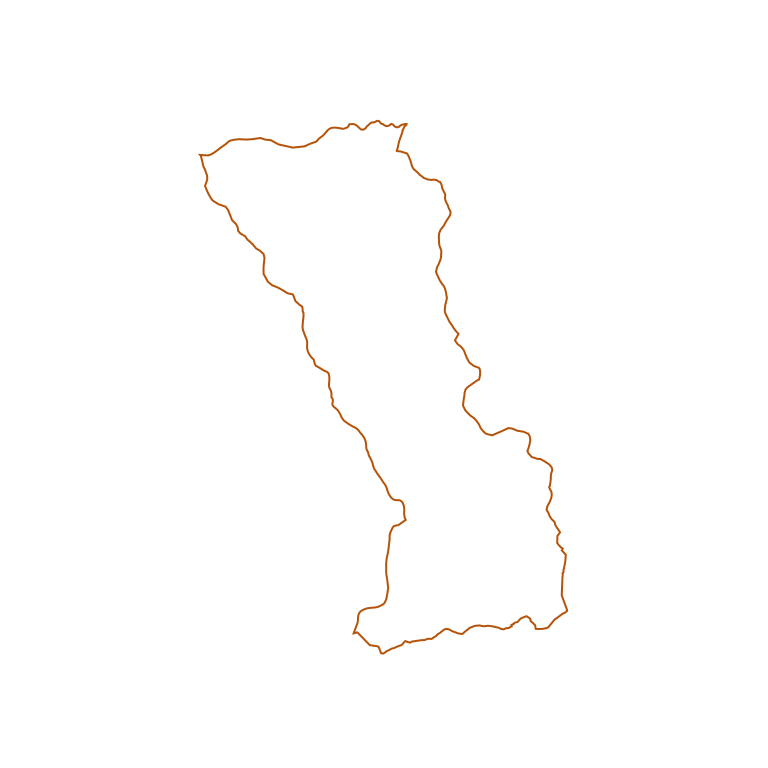 Khoma, Lhuntshi, Bhutan, rotated 144°
{"feature_id": "84629894B14168855768935", "entity_name": "Khoma", "entity_type": "district", "adm_level": 2, "iso_a3": "BTN", "parent_name": "Bhutan", "parent_adm1": "Lhuntshi", "projection": "mercator", "projection_center": [91.309, 27.836], "detail": "fine", "context": "isolated", "style": "outline", "palette": "amber", "viewbox_px": 768, "rotation_deg": 144, "n_neighbors": 0, "source": "geoboundaries", "source_scale": "gbopen_adm2", "svg_char_len": 6155}
<svg xmlns="http://www.w3.org/2000/svg" viewBox="0 0 768 768"><g transform="rotate(144 384 384)"><path d="M555.1,200.1L551.5,198.7L549.0,181.1L543.2,175.4L543.0,173.9L543.1,173.4L543.6,171.8L543.7,171.1L544.6,168.0L543.0,166.3L538.5,166.2L536.0,165.7L533.6,165.5L530.9,164.4L526.3,163.5L524.5,162.8L523.2,162.6L522.1,162.6L520.2,163.1L517.8,163.5L516.6,161.4L514.7,159.3L513.0,159.3L504.4,154.8L501.7,153.0L498.3,152.1L495.3,149.8L492.8,149.8L489.9,149.5L487.7,150.0L485.2,149.7L480.2,150.0L478.2,149.6L476.2,148.1L475.2,146.4L474.3,144.3L472.6,141.7L470.4,138.4L468.4,136.4L466.8,135.6L464.4,136.1L460.9,136.1L458.5,136.4L456.5,136.0L454.7,135.4L453.4,135.2L451.4,134.2L448.6,132.5L446.6,130.2L444.8,128.8L442.3,127.5L440.5,126.0L438.1,123.6L436.2,121.3L434.5,119.5L433.4,117.2L431.3,115.1L429.6,114.9L428.0,114.3L426.8,113.3L425.0,113.1L424.4,113.4L423.2,112.8L422.4,114.2L420.4,113.6L420.2,114.0L418.6,114.0L415.6,113.0L411.6,113.9L409.2,113.5L405.2,112.4L403.6,108.0L404.7,106.1L403.5,100.1L405.2,96.8L403.2,95.1L399.3,92.5L395.5,90.8L394.1,90.6L384.3,93.2L381.1,93.0L374.6,93.2L372.6,92.7L369.7,92.7L368.8,93.3L364.4,108.6L353.4,122.5L351.6,124.4L350.7,126.0L349.5,126.2L348.4,127.8L346.7,129.1L341.6,133.9L337.3,139.0L337.9,144.9L336.1,145.8L336.9,147.9L337.3,151.1L337.3,153.7L335.6,155.7L333.1,159.1L328.8,160.5L328.6,162.3L328.6,165.4L328.3,169.1L327.1,172.2L327.8,176.1L327.7,179.2L326.8,183.0L326.4,186.7L323.5,189.2L319.7,191.0L316.0,193.2L313.3,195.9L311.8,198.7L311.6,201.5L310.9,203.7L309.5,204.2L305.4,208.5L302.0,212.8L298.4,215.5L297.3,218.2L297.7,222.2L300.2,228.6L301.7,231.5L303.6,232.9L307.4,238.1L307.9,243.3L307.2,245.7L305.3,246.8L302.3,249.1L298.6,252.6L296.8,256.1L296.5,258.8L299.1,263.3L303.5,267.7L306.7,272.9L309.5,275.3L316.4,276.6L321.6,277.8L326.4,278.8L329.5,282.2L331.0,284.5L331.6,288.2L331.7,291.6L330.9,295.4L330.8,299.4L331.2,303.5L332.8,308.0L333.7,314.7L332.8,320.1L328.3,325.0L325.5,327.6L324.4,329.1L321.3,331.6L318.3,332.3L306.5,332.2L304.5,331.7L301.2,334.6L299.0,337.4L297.8,339.7L297.8,341.5L300.6,345.6L302.3,351.1L302.1,353.3L301.6,356.8L299.6,364.3L299.6,368.2L301.0,373.0L301.0,377.5L294.2,380.8L294.7,384.0L294.8,387.9L294.5,391.8L294.5,395.6L292.9,404.9L291.9,407.5L287.8,412.1L283.9,415.3L282.4,416.8L281.4,419.0L280.1,421.4L279.2,423.7L278.4,426.1L278.0,428.5L278.2,430.7L278.1,433.0L277.9,435.3L276.6,442.2L275.9,444.3L273.4,446.5L271.7,447.7L269.5,448.7L267.4,450.1L265.6,451.1L263.3,453.1L260.5,456.6L259.1,458.5L258.0,463.0L256.8,465.3L253.0,471.0L251.6,472.7L250.2,473.9L247.6,475.5L244.8,476.3L242.5,476.9L239.2,478.6L231.6,481.6L230.1,482.9L228.9,484.2L228.5,487.0L228.0,489.2L227.3,491.2L226.8,494.8L226.3,496.7L225.1,499.0L223.6,500.6L222.8,502.2L222.5,504.6L221.7,508.6L220.5,510.9L220.2,511.9L219.9,514.4L220.7,515.5L221.2,517.0L221.7,518.1L223.7,520.2L225.3,520.9L228.4,523.7L229.5,525.6L230.6,527.0L231.6,530.9L232.2,532.4L232.3,533.9L232.9,537.1L233.7,540.7L233.3,544.1L232.4,546.1L232.0,547.5L231.4,548.7L231.0,550.8L230.2,553.4L230.1,554.7L229.9,556.3L229.9,557.1L232.4,560.3L233.6,562.1L236.7,564.9L236.5,565.4L235.1,566.2L229.2,571.4L222.2,576.2L219.3,578.6L217.2,579.7L215.3,580.4L213.6,580.5L212.9,581.0L213.4,581.6L217.4,583.3L219.3,583.4L221.0,583.3L222.4,583.8L222.7,584.1L223.5,585.2L224.0,586.2L224.2,588.6L225.2,590.1L227.0,590.1L228.4,590.2L229.7,590.7L230.7,591.4L231.7,593.3L232.2,595.0L233.2,596.1L233.4,597.4L233.5,599.6L234.1,600.4L235.1,601.0L238.2,601.4L238.9,601.8L239.5,602.5L241.4,603.0L247.3,602.3L248.7,601.7L250.9,601.8L252.8,603.2L253.2,604.2L254.0,608.6L254.8,610.7L255.5,611.8L256.2,612.5L259.3,614.5L260.4,613.9L260.8,613.9L261.6,613.4L262.5,613.2L263.5,613.3L266.2,614.1L267.9,615.1L268.7,616.2L271.2,618.7L273.5,620.7L276.1,622.1L278.4,622.5L280.6,622.4L282.8,621.8L287.3,620.8L292.0,620.8L293.9,620.5L295.0,620.0L296.9,620.0L301.5,621.5L308.7,623.0L318.9,628.9L328.4,639.7L331.4,645.9L332.2,647.7L336.6,651.7L339.3,655.6L347.2,659.8L351.7,662.7L357.2,667.1L361.8,669.8L364.9,671.1L367.3,671.5L370.6,671.1L377.6,671.2L381.7,671.0L385.3,671.1L388.6,671.3L391.7,672.2L395.7,675.3L398.1,677.4L398.0,676.3L399.7,672.1L402.3,666.0L402.7,663.1L404.7,656.4L406.9,653.2L412.4,649.4L414.1,642.0L414.8,636.2L414.8,633.3L412.3,626.9L407.9,620.4L407.9,616.2L410.6,605.9L409.7,600.1L410.4,596.5L412.0,593.6L411.7,590.1L409.5,585.2L409.6,581.1L408.1,574.3L407.8,568.8L406.2,565.2L405.0,560.0L406.6,556.2L412.8,549.3L416.7,543.9L417.8,534.9L416.5,529.7L413.4,524.8L411.2,520.3L408.7,514.1L405.2,510.2L405.2,509.3L406.9,503.1L405.9,498.3L404.7,494.4L407.0,490.6L407.3,489.0L408.4,487.3L410.7,484.5L412.0,483.2L415.8,478.8L417.0,477.0L418.1,474.6L418.5,472.7L419.3,470.3L420.3,465.9L421.3,463.3L424.4,459.3L425.4,457.7L426.1,456.1L426.7,454.2L427.0,452.1L427.1,450.2L427.0,447.8L426.5,445.1L428.2,440.7L428.4,438.8L426.3,434.2L425.2,431.4L424.4,429.7L423.2,427.7L422.5,425.5L423.3,423.5L424.2,421.6L425.9,419.3L427.6,417.4L429.5,415.0L430.6,412.6L430.8,410.1L431.7,407.8L434.3,404.1L434.4,401.9L435.5,400.0L437.0,398.8L438.1,397.3L438.0,394.7L437.3,392.7L436.9,390.2L436.9,388.0L437.2,385.2L437.8,382.3L438.0,380.1L437.9,377.7L436.3,372.8L434.0,367.5L432.7,365.1L432.1,363.1L431.8,360.8L431.9,358.7L431.6,356.7L431.6,354.3L431.7,351.8L432.4,349.0L433.5,346.5L436.1,342.3L436.7,340.5L437.0,338.0L437.8,336.4L438.4,334.4L438.7,331.6L439.6,327.2L441.1,323.6L441.8,321.0L441.9,318.4L442.1,314.9L442.1,310.3L442.3,305.7L442.3,301.5L442.7,299.6L443.1,297.8L443.8,295.8L444.8,292.4L445.0,289.4L444.9,287.2L444.2,284.9L442.3,282.7L439.7,280.8L438.7,278.6L438.8,276.5L439.5,273.9L440.6,271.8L442.2,269.4L443.7,267.7L444.8,265.7L445.9,263.5L446.3,261.3L455.4,261.4L457.6,262.5L459.5,263.2L461.6,262.7L465.7,260.4L468.3,258.4L471.1,254.6L474.5,251.1L477.1,248.1L480.3,244.9L484.1,241.6L487.5,237.8L489.0,235.8L493.3,229.8L494.3,228.0L496.3,224.0L499.3,218.7L500.3,216.6L502.2,214.9L504.0,212.9L508.6,208.6L510.8,207.3L512.7,206.4L514.5,206.3L519.4,207.1L521.4,207.9L523.5,209.0L527.5,211.4L529.1,212.2L530.8,212.9L532.8,213.4L534.6,213.7L536.9,213.8L538.9,213.1L540.7,212.0L542.2,210.4L544.1,208.0L545.7,206.4L555.1,200.1Z" fill="none" stroke="#b45309" stroke-width="2"/></g></svg>